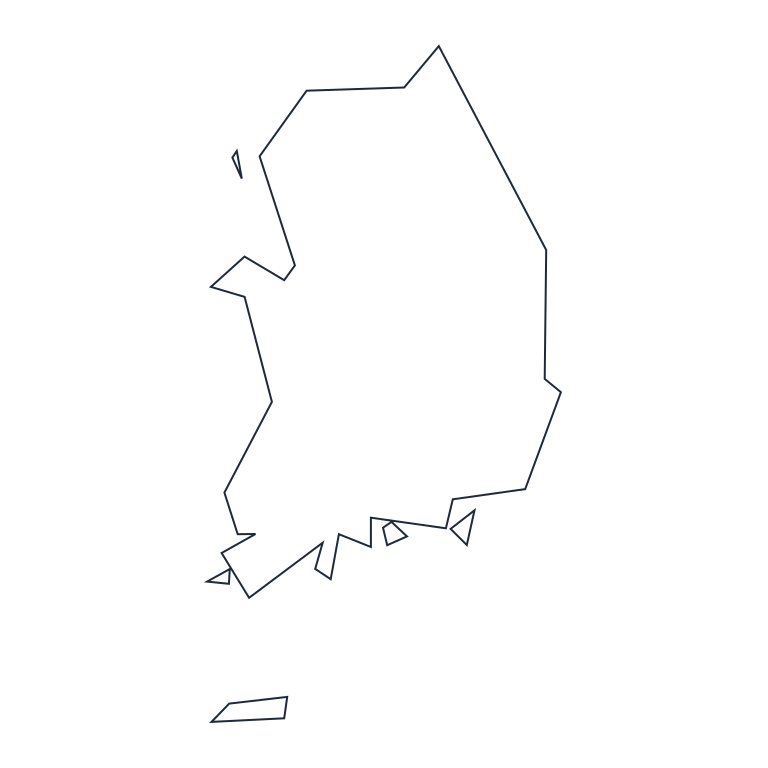 the border of South Korea
{"feature_id": "KOR", "entity_name": "South Korea", "entity_type": "country or territory", "adm_level": 0, "iso_a3": "KOR", "parent_name": "Asia", "parent_adm1": "", "projection": "mercator", "projection_center": [127.333, 35.912], "detail": "coarse", "context": "isolated", "style": "outline", "palette": "slate", "viewbox_px": 768, "rotation_deg": 0, "n_neighbors": 0, "source": "natural_earth", "source_scale": "50m", "svg_char_len": 729}
<svg xmlns="http://www.w3.org/2000/svg" viewBox="0 0 768 768"><path d="M259.6,156.3L306.6,90.7L404.2,87.5L438.8,46.1L546.2,250.0L544.7,378.9L560.9,392.2L525.2,489.1L452.8,499.3L445.9,528.3L370.9,517.7L370.9,547.0L338.9,534.2L330.7,579.2L315.2,568.9L322.7,542.7L249.1,597.8L221.6,553.0L255.5,534.0L237.7,534.2L224.4,492.6L271.9,401.9L244.6,296.9L210.9,286.9L244.5,256.6L284.2,280.2L294.9,265.4L259.6,156.3ZM284.2,718.3L211.5,721.9L229.2,703.6L287.2,696.9L284.2,718.3ZM474.5,510.3L466.8,545.0L450.6,528.9L474.5,510.3ZM407.0,536.4L387.2,545.2L383.0,527.7L391.5,521.9L407.0,536.4ZM228.9,583.8L207.1,581.6L229.8,569.0L228.9,583.8ZM236.8,151.0L241.8,178.6L232.4,157.6L236.8,151.0Z" fill="none" stroke="#1e293b" stroke-width="2"/></svg>